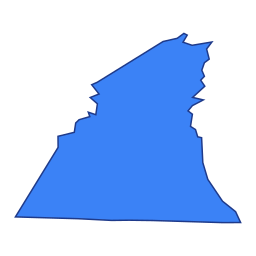 the district of McCreary, Kentucky, United States of America
{"feature_id": "52423323B49064282792865", "entity_name": "McCreary", "entity_type": "district", "adm_level": 2, "iso_a3": "USA", "parent_name": "United States of America", "parent_adm1": "Kentucky", "projection": "mercator", "projection_center": [-84.43, 36.777], "detail": "fine", "context": "isolated", "style": "filled", "palette": "blue", "viewbox_px": 256, "rotation_deg": 0, "n_neighbors": 0, "source": "geoboundaries", "source_scale": "gbopen_adm2", "svg_char_len": 684}
<svg xmlns="http://www.w3.org/2000/svg" viewBox="0 0 256 256"><path d="M15.4,216.9L78.1,218.7L111.5,220.4L129.2,220.2L152.5,220.5L222.7,222.6L226.7,222.6L240.6,222.5L235.6,211.7L222.5,201.2L207.8,179.4L202.8,162.6L201.6,137.7L197.7,136.8L195.5,129.6L190.5,126.4L192.4,114.2L188.0,110.9L192.4,105.6L203.3,99.9L192.6,97.4L204.8,86.2L200.7,80.2L204.4,76.3L201.8,70.2L204.4,62.7L209.2,59.1L206.6,49.0L211.9,42.0L192.1,45.3L183.0,42.2L187.2,35.1L183.9,33.4L177.2,38.3L163.1,41.5L97.2,82.3L91.7,84.7L99.0,94.0L90.2,97.5L97.4,103.8L95.8,114.7L88.3,112.2L89.8,116.6L79.1,119.7L75.7,123.0L74.3,132.3L58.0,136.3L58.1,147.4L15.4,216.9Z" fill="#3b82f6" stroke="#1e3a8a" stroke-width="1.5"/></svg>